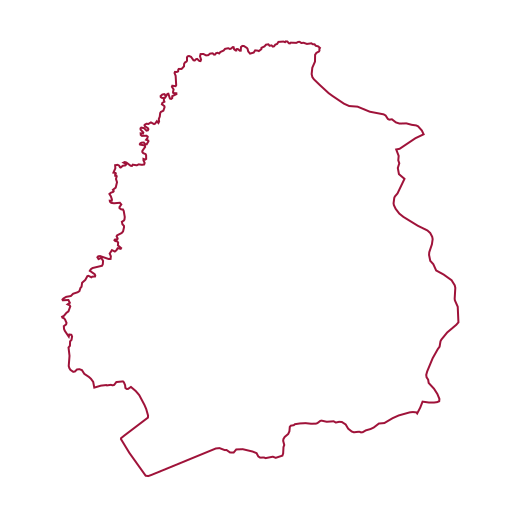 Gemena, Équateur, Democratic Republic of the Congo (Mercator projection), rotated 356°
{"feature_id": "63176286B43464771754704", "entity_name": "Gemena", "entity_type": "district", "adm_level": 2, "iso_a3": "COD", "parent_name": "Democratic Republic of the Congo", "parent_adm1": "Équateur", "projection": "mercator", "projection_center": [19.592, 3.435], "detail": "fine", "context": "isolated", "style": "outline", "palette": "rose", "viewbox_px": 512, "rotation_deg": 356, "n_neighbors": 0, "source": "geoboundaries", "source_scale": "gbopen_adm2", "svg_char_len": 5966}
<svg xmlns="http://www.w3.org/2000/svg" viewBox="0 0 512 512"><g transform="rotate(356 256 256)"><path d="M171.2,105.6L170.4,106.7L169.7,110.3L168.6,112.5L168.7,115.2L167.9,116.5L166.5,114.6L164.6,116.9L163.5,117.3L160.5,115.4L157.8,116.8L156.1,116.4L154.1,117.3L153.9,118.1L154.3,118.8L157.2,121.1L157.5,122.0L156.9,123.1L155.5,123.3L153.3,120.7L150.5,119.9L149.7,120.6L149.7,121.9L152.2,124.9L151.8,125.9L149.5,125.6L149.5,127.2L150.5,128.2L155.2,128.4L156.3,129.4L155.9,130.8L154.5,132.4L156.6,133.3L156.7,134.1L154.7,137.0L153.4,136.9L152.0,135.0L150.1,134.9L148.6,135.4L147.9,136.3L148.1,136.8L152.1,137.8L152.9,138.4L153.0,139.5L150.1,143.0L149.8,144.2L150.6,145.5L152.9,146.6L153.4,147.8L153.2,151.5L152.2,152.1L150.5,151.3L150.4,152.7L151.4,155.4L150.8,156.9L148.6,157.1L145.4,156.4L143.4,157.2L139.4,156.3L138.5,157.5L137.2,157.2L133.2,153.7L131.6,153.1L130.4,153.6L132.7,155.0L132.8,155.7L132.0,156.5L129.4,156.7L127.2,158.3L126.5,158.0L125.9,156.4L124.3,155.4L121.8,155.6L121.8,158.7L119.6,162.9L121.7,163.4L121.9,164.0L121.1,165.2L121.2,166.2L122.4,166.2L122.6,166.8L121.7,169.4L122.5,172.7L120.8,178.0L117.9,180.0L118.6,181.3L118.1,182.0L115.6,182.8L114.1,183.9L115.4,186.4L116.2,189.5L116.0,190.7L114.0,190.6L114.1,191.6L115.3,192.9L118.0,193.5L123.9,193.4L125.2,195.2L123.2,197.7L123.2,198.8L124.8,200.1L126.5,200.3L127.2,201.9L127.8,208.0L127.3,210.5L126.7,211.4L124.6,212.5L125.0,215.1L126.3,216.6L126.4,217.9L125.1,222.2L123.6,223.7L118.9,225.7L118.3,226.6L119.2,228.8L118.9,229.6L116.3,229.8L115.9,230.4L116.7,231.3L118.5,231.7L119.4,232.9L119.0,235.8L122.0,238.7L121.5,239.4L118.5,238.6L117.2,240.5L115.5,241.7L112.7,240.1L110.2,243.4L111.2,246.1L110.7,248.8L108.7,248.7L100.5,245.2L98.6,245.3L97.7,246.2L98.7,248.1L101.5,247.1L103.1,250.2L102.6,253.5L101.7,255.0L92.1,256.6L90.3,257.7L89.2,259.2L93.8,262.9L94.3,264.2L94.0,265.2L91.2,265.2L90.3,265.8L87.5,264.1L86.4,264.3L84.0,268.0L80.7,270.5L79.8,274.5L78.6,275.7L77.4,278.7L75.6,279.7L70.9,280.9L68.5,283.0L63.8,283.5L61.0,284.9L59.9,285.9L60.2,286.7L65.8,286.8L67.0,289.7L64.7,291.1L66.7,292.2L67.2,293.3L65.0,298.2L63.0,299.4L60.2,302.3L58.3,303.1L58.6,304.0L60.1,304.7L61.1,306.1L62.3,309.5L61.8,311.0L59.4,312.6L59.4,315.4L60.1,317.4L63.6,323.4L64.3,321.3L66.3,321.7L66.9,323.5L66.1,326.8L64.6,328.2L64.1,332.6L62.6,334.2L63.0,342.6L61.5,352.7L62.0,354.9L62.9,356.6L65.6,358.8L67.3,358.6L69.5,356.7L71.9,356.6L74.4,357.7L76.5,361.6L80.9,365.0L82.8,367.0L84.8,370.2L85.5,376.0L92.3,374.5L97.7,374.3L98.2,374.7L102.2,374.4L104.0,375.0L105.5,374.7L107.9,372.0L114.5,371.8L115.4,372.8L116.4,375.7L116.5,378.5L117.7,379.6L119.0,379.7L122.1,377.9L126.6,382.3L129.8,386.6L134.3,396.7L135.8,401.0L137.2,407.7L136.9,409.7L112.3,425.8L108.7,428.3L108.5,429.2L115.9,443.5L130.6,467.5L133.2,468.0L136.1,467.2L202.5,445.2L206.2,445.1L211.2,447.4L213.1,447.5L216.4,450.2L220.0,450.5L222.8,447.6L229.3,447.8L238.9,450.8L242.8,452.7L244.3,456.1L246.0,457.4L250.0,457.6L251.4,458.3L258.8,457.4L261.6,458.7L268.4,457.0L269.3,454.9L270.1,448.5L271.0,446.5L270.2,442.3L270.6,440.5L272.0,438.5L275.7,435.8L277.1,433.2L277.8,428.8L278.9,427.7L281.9,427.4L283.1,426.5L288.1,426.1L293.8,426.2L299.4,427.2L304.1,427.4L305.6,427.0L308.6,425.0L309.9,424.8L315.0,426.3L321.9,426.3L324.0,427.7L327.4,427.2L330.1,427.6L333.7,430.3L335.9,434.7L339.3,437.8L341.4,438.7L345.4,438.5L347.1,438.6L348.4,439.3L350.2,439.2L353.4,437.6L358.2,436.6L361.5,435.3L366.9,431.7L372.4,431.6L381.0,427.3L387.3,425.0L398.5,422.7L401.6,422.6L405.1,423.2L405.8,424.3L409.2,418.8L412.0,412.9L418.1,414.2L423.3,414.6L426.5,414.4L428.6,413.7L429.0,411.4L427.3,406.3L424.3,400.8L419.4,394.7L419.1,391.4L417.7,388.9L417.5,386.5L418.7,383.1L425.1,370.3L430.9,361.5L432.8,359.3L434.1,353.9L435.1,352.3L441.4,345.6L451.0,338.6L453.3,336.3L453.7,320.7L451.3,314.1L451.2,312.5L452.6,301.7L452.2,299.1L449.4,293.8L441.9,287.6L434.7,283.0L432.3,276.5L429.5,273.0L428.7,267.0L429.1,264.3L432.3,256.6L433.4,251.5L433.1,249.1L431.4,245.2L428.8,242.5L419.5,237.1L405.8,227.3L401.9,223.7L398.6,218.7L397.1,214.9L396.9,213.0L398.0,207.6L398.7,206.3L401.5,203.5L409.5,189.4L404.3,184.3L403.6,178.1L405.4,173.5L404.6,170.5L405.3,166.1L403.3,159.5L406.7,159.1L423.3,149.6L431.7,146.3L430.2,142.4L426.7,137.9L424.8,136.9L420.5,136.0L415.3,134.2L408.4,133.9L404.9,132.5L401.1,129.1L398.5,129.3L397.1,128.5L395.1,124.9L393.2,123.6L379.6,120.0L367.7,114.1L359.4,112.9L354.4,110.2L343.5,101.7L339.8,98.6L331.6,89.9L326.1,83.8L324.7,81.5L324.2,78.4L325.3,72.1L328.4,66.2L329.0,59.4L330.4,57.6L333.2,56.3L333.7,55.2L333.6,53.9L334.3,52.9L332.6,51.2L330.2,50.4L329.2,48.9L327.3,48.7L326.1,47.7L321.6,48.0L318.3,46.6L316.1,46.7L314.4,45.4L313.0,45.4L311.1,46.2L305.5,45.6L304.7,46.3L303.7,46.1L302.2,44.2L300.6,44.0L299.9,44.7L298.3,44.0L293.3,44.0L291.9,45.9L290.0,46.5L288.6,48.1L287.4,48.3L286.2,47.0L284.2,47.2L283.1,45.7L280.7,45.9L279.1,47.5L276.0,48.7L275.7,50.1L273.1,51.8L272.2,51.3L269.5,50.8L267.9,52.9L264.2,53.7L262.5,51.4L262.0,48.7L261.4,47.8L258.6,45.7L257.0,45.5L255.6,46.5L255.1,50.1L254.2,50.1L252.3,48.3L251.2,48.2L250.6,48.6L250.6,49.6L250.1,49.6L248.6,48.3L248.2,46.1L247.3,46.0L245.9,47.2L244.4,47.7L242.8,46.8L239.6,47.2L238.0,48.8L234.7,50.0L233.4,51.4L231.8,50.6L230.3,50.9L229.2,52.2L228.2,52.2L226.9,50.8L224.3,50.9L222.4,52.3L220.2,52.4L217.6,50.8L214.8,50.7L214.1,52.8L214.9,56.3L214.2,57.7L213.1,57.5L211.1,55.3L210.1,55.4L208.5,56.7L207.3,56.4L205.1,52.8L203.1,51.8L201.7,52.1L201.0,53.0L200.8,56.4L200.1,57.3L198.7,57.9L197.7,59.3L197.4,61.8L194.8,64.2L192.0,64.0L191.5,64.6L191.2,66.4L189.8,66.9L188.0,66.7L187.5,67.8L188.4,70.6L188.3,80.0L187.6,81.0L184.4,80.3L183.9,81.3L185.4,84.1L184.6,86.8L184.9,87.7L187.9,88.1L187.9,89.0L183.6,90.7L183.4,92.7L182.3,93.4L181.1,92.9L179.9,88.0L179.0,88.1L177.0,90.9L176.4,88.6L175.8,88.1L173.8,88.4L172.0,89.8L172.1,90.9L173.4,91.8L175.4,91.9L174.9,94.0L175.4,95.7L173.3,96.7L172.7,98.1L175.0,100.0L175.2,101.1L173.7,104.6L171.2,105.6Z" fill="none" stroke="#9f1239" stroke-width="2"/></g></svg>